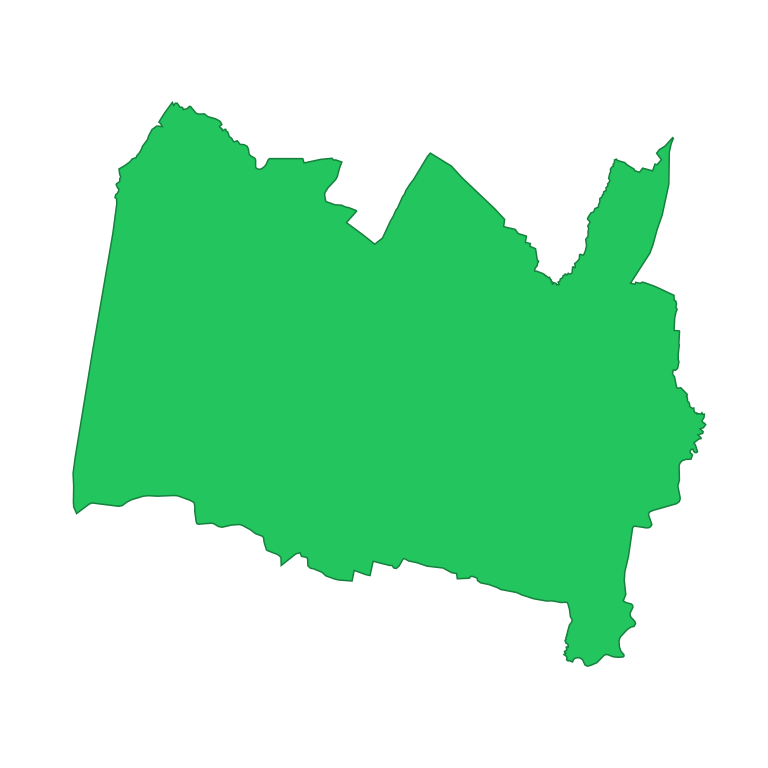 the district of Chian Yai, Nakhon Si Thammarat, Thailand, rotated 86°
{"feature_id": "78962969B18712329384624", "entity_name": "Chian Yai", "entity_type": "district", "adm_level": 2, "iso_a3": "THA", "parent_name": "Thailand", "parent_adm1": "Nakhon Si Thammarat", "projection": "orthographic", "projection_center": [100.156, 8.119], "detail": "fine", "context": "isolated", "style": "filled", "palette": "green", "viewbox_px": 768, "rotation_deg": 86, "n_neighbors": 0, "source": "geoboundaries", "source_scale": "gbopen_adm2", "svg_char_len": 6069}
<svg xmlns="http://www.w3.org/2000/svg" viewBox="0 0 768 768"><g transform="rotate(86 384 384)"><path d="M436.1,697.3L451.4,700.4L464.3,700.7L480.2,702.1L485.0,702.1L491.8,699.7L483.3,686.6L482.3,683.6L487.5,657.1L487.0,653.5L483.9,648.8L481.8,643.9L479.1,631.8L479.0,626.7L480.1,617.8L480.6,601.3L481.1,597.8L486.3,586.0L489.0,581.7L494.2,581.2L497.3,581.7L507.7,581.0L509.6,580.7L510.5,580.0L510.9,578.9L510.8,565.4L511.5,563.5L514.6,559.1L515.6,555.4L514.1,546.1L514.1,538.1L515.1,535.2L520.0,527.5L524.3,522.7L527.3,516.1L528.8,514.9L533.6,514.6L541.0,512.9L542.0,512.0L546.7,502.0L548.5,499.9L550.1,498.9L557.9,499.2L547.3,483.8L546.5,479.5L550.2,478.3L551.4,473.8L552.6,472.4L560.0,472.6L562.6,470.3L563.5,467.0L567.5,459.0L571.4,455.3L575.4,446.1L576.5,442.1L578.3,429.6L567.9,426.7L573.0,415.2L574.1,411.3L560.1,407.2L565.4,391.1L565.6,388.6L568.2,387.1L568.9,384.7L566.6,381.6L560.3,377.5L559.5,376.1L562.3,371.6L564.5,363.8L568.7,353.8L571.7,337.9L577.0,329.6L578.1,324.8L583.4,324.5L583.7,313.3L583.5,312.0L582.2,311.5L581.9,310.8L582.4,308.2L584.3,304.5L586.5,304.5L589.1,301.5L591.4,293.3L595.3,284.6L597.1,282.0L601.3,266.1L604.1,261.1L608.7,249.6L611.8,237.1L612.1,231.3L614.3,222.6L614.5,216.8L616.0,215.9L621.9,214.7L629.2,214.3L632.3,212.8L634.1,213.1L637.3,215.8L644.5,218.4L645.8,218.4L646.7,219.3L647.7,218.9L648.8,219.9L650.4,220.4L651.2,220.0L652.4,221.3L655.2,220.6L655.6,219.7L657.4,218.4L659.4,218.6L658.9,219.9L659.3,220.6L661.9,220.1L663.4,222.6L664.3,222.4L665.2,221.4L666.4,223.4L668.3,221.1L670.2,220.5L671.9,221.1L673.1,219.6L672.9,217.7L673.9,216.8L674.4,215.3L672.1,214.2L671.1,212.9L670.5,210.5L670.9,207.7L673.1,205.0L678.2,203.2L679.7,200.8L679.0,197.1L676.9,191.1L670.3,183.7L669.3,181.6L669.7,179.5L672.1,174.5L672.9,170.1L673.0,164.7L672.2,163.6L670.7,163.6L667.3,166.2L662.7,167.5L657.1,167.5L654.2,166.7L652.1,165.1L645.7,158.2L643.8,154.8L643.2,151.4L640.5,149.8L638.2,150.4L633.9,153.9L631.5,154.7L629.6,154.4L624.2,151.3L622.3,151.3L620.7,152.6L619.0,157.7L617.0,160.5L610.9,157.5L596.5,158.0L588.0,156.8L573.2,152.2L544.8,146.0L543.6,144.9L543.3,143.5L545.9,132.1L545.8,129.6L544.7,127.8L542.9,126.6L533.1,129.2L531.5,129.0L530.1,127.8L528.8,124.1L523.8,100.5L522.0,97.8L519.8,96.7L517.9,96.5L506.1,98.0L500.6,96.0L485.8,95.3L483.1,93.9L481.2,91.7L480.3,88.1L480.4,83.0L476.2,81.2L473.6,83.5L472.3,83.3L470.6,82.1L470.7,80.2L472.6,79.9L474.1,78.6L474.2,77.0L473.5,76.0L466.9,77.5L464.3,78.9L460.9,73.8L460.6,71.5L459.7,71.5L456.7,74.4L455.4,69.4L453.6,69.0L450.8,71.9L449.9,68.4L447.0,65.9L445.5,67.0L444.6,68.6L442.8,69.3L439.8,67.1L436.4,66.5L436.5,68.2L434.9,68.9L436.1,69.8L435.5,72.7L435.9,73.8L434.7,74.0L434.3,75.7L432.6,76.6L429.6,76.6L429.8,78.2L427.7,80.7L425.6,80.5L423.3,81.2L422.8,82.3L418.3,82.4L417.5,83.3L416.1,82.2L415.4,82.3L408.4,88.2L408.7,91.3L407.9,92.3L397.0,93.7L394.3,95.5L390.3,94.6L390.6,92.2L388.8,90.0L382.4,88.2L380.3,88.8L374.8,88.4L365.5,86.7L364.1,87.0L352.1,85.5L351.6,85.8L350.8,90.9L338.4,89.4L332.3,87.6L330.5,86.5L329.5,86.5L328.0,87.6L324.7,86.6L321.7,87.1L320.5,88.7L315.8,88.5L305.4,107.2L301.0,117.2L300.4,119.4L301.5,121.4L300.1,125.8L302.0,126.7L300.7,131.1L272.0,109.6L264.0,106.0L248.8,100.7L234.9,94.7L204.5,85.9L172.6,83.2L164.5,80.8L159.1,78.2L158.4,78.9L166.4,87.2L169.2,92.7L172.8,96.0L179.6,91.6L184.3,96.3L183.5,98.3L190.1,101.2L186.7,110.9L190.7,114.4L188.5,119.2L187.0,119.6L182.7,125.8L179.8,128.6L177.4,135.3L175.9,136.5L176.5,138.4L179.6,138.9L181.1,140.2L182.8,140.0L183.7,141.9L185.7,143.2L188.2,143.1L189.6,144.1L194.6,145.6L196.7,144.4L199.1,145.8L199.8,146.9L201.8,146.8L203.8,148.9L206.4,148.8L207.6,151.5L209.5,151.7L210.7,152.9L212.7,153.6L214.0,155.8L217.6,156.0L219.8,157.3L222.5,157.9L223.7,161.3L226.9,162.9L227.8,165.7L232.9,169.4L233.8,169.4L235.8,167.7L237.5,167.4L240.4,169.7L243.5,169.0L246.4,169.9L250.6,170.0L253.8,172.7L260.1,172.3L264.8,173.7L268.9,175.7L269.4,176.5L268.3,178.9L268.7,179.9L273.0,180.5L275.8,183.3L277.1,185.4L281.0,184.9L281.4,186.0L280.4,186.8L280.5,187.7L286.4,188.7L287.4,190.7L286.4,192.5L287.9,193.7L286.9,195.6L288.1,196.3L288.2,197.6L290.6,198.6L291.4,200.7L293.9,201.5L294.4,203.2L296.9,202.4L297.1,204.8L295.6,205.4L294.8,207.7L296.1,208.7L296.0,209.2L294.0,208.8L293.5,210.0L291.9,209.8L291.3,210.7L289.2,211.4L289.5,212.3L288.0,214.0L288.0,214.9L286.9,215.1L286.7,216.2L285.9,216.4L284.8,218.0L282.1,223.8L281.8,225.8L279.4,225.4L276.6,222.9L273.8,222.3L273.4,221.6L272.2,221.2L271.4,222.3L270.2,222.5L259.6,223.4L256.8,228.9L254.1,228.2L252.6,233.1L246.4,231.6L243.3,239.6L238.9,242.4L235.5,253.3L234.5,253.5L228.2,252.2L217.0,261.3L183.3,292.1L171.2,301.7L156.9,321.7L159.7,324.5L182.4,340.5L186.2,344.0L192.4,348.6L196.2,350.4L198.4,352.4L209.7,358.4L211.1,359.8L217.7,363.3L221.3,365.9L238.3,375.3L243.9,383.5L233.9,394.4L220.4,410.2L209.7,399.3L208.9,399.8L205.5,407.1L204.8,410.0L202.6,413.9L201.9,420.2L197.9,429.3L192.0,430.0L189.3,429.7L184.5,426.3L176.7,417.9L173.8,416.1L165.5,413.3L159.6,410.6L157.1,416.5L157.1,418.7L155.2,420.1L155.5,431.4L157.9,448.3L153.5,449.3L151.2,482.5L152.1,483.8L157.1,486.5L159.0,488.4L161.1,491.7L160.9,494.8L159.5,496.6L158.0,496.9L151.5,496.4L149.8,497.1L146.9,501.3L145.2,502.5L140.0,502.9L137.3,504.0L135.5,506.8L134.9,510.8L131.1,513.4L132.0,516.5L131.6,517.3L128.3,518.8L126.4,521.1L121.7,522.3L120.7,523.8L119.0,524.0L118.8,524.8L120.1,527.5L117.9,528.0L116.4,530.0L115.5,530.1L114.0,527.7L111.5,528.6L110.1,529.7L107.6,533.7L105.0,541.1L102.0,544.3L101.9,549.8L100.7,552.6L93.6,557.7L93.5,558.8L95.7,561.3L96.2,565.2L94.1,565.6L93.4,568.3L89.5,570.7L89.3,572.5L91.4,574.3L88.3,575.5L98.5,584.1L107.0,590.3L108.6,588.7L111.8,587.2L110.8,592.6L114.0,597.7L120.1,601.5L123.7,602.9L129.8,608.2L133.2,609.8L137.1,612.5L138.6,614.3L140.8,615.5L142.0,619.6L144.7,622.0L148.4,628.0L151.0,633.4L156.3,633.0L159.2,632.2L160.7,633.3L163.6,633.4L165.5,636.7L166.4,637.3L170.0,636.0L171.0,634.9L172.2,635.0L175.3,636.7L176.2,638.3L179.3,639.4L180.1,638.1L180.9,637.9L185.5,638.0L214.9,644.0L330.8,672.4L436.1,697.3Z" fill="#22c55e" stroke="#15803d" stroke-width="1.5"/></g></svg>